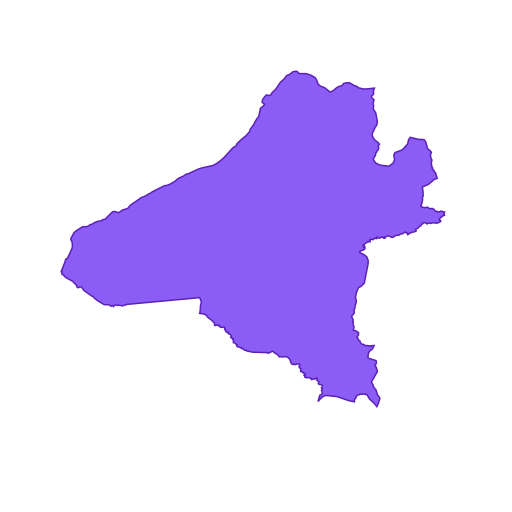 Nabdam, Upper East, Ghana (Natural Earth projection), rotated 258°
{"feature_id": "2480657B74414618551217", "entity_name": "Nabdam", "entity_type": "district", "adm_level": 2, "iso_a3": "GHA", "parent_name": "Ghana", "parent_adm1": "Upper East", "projection": "natural_earth1", "projection_center": [-0.664, 10.847], "detail": "fine", "context": "isolated", "style": "filled", "palette": "violet", "viewbox_px": 512, "rotation_deg": 258, "n_neighbors": 0, "source": "geoboundaries", "source_scale": "gbopen_adm2", "svg_char_len": 6108}
<svg xmlns="http://www.w3.org/2000/svg" viewBox="0 0 512 512"><g transform="rotate(258 256 256)"><path d="M134.8,275.8L134.5,276.1L133.8,275.7L132.8,277.6L132.2,277.5L131.8,278.6L130.8,278.6L130.3,279.5L129.4,278.3L128.8,279.2L127.8,278.5L127.2,278.7L126.4,280.0L126.3,281.7L125.0,284.1L124.5,284.6L123.6,284.5L123.5,286.1L123.9,286.7L123.4,288.0L124.1,289.8L123.9,290.4L121.7,289.7L120.1,291.3L118.4,290.4L117.8,290.6L117.3,291.1L116.3,293.6L115.6,293.8L114.1,293.5L113.4,292.5L112.2,293.2L110.9,292.1L109.6,292.5L107.8,292.2L107.3,291.9L106.5,289.4L101.4,286.7L101.4,287.4L102.5,288.6L104.4,291.9L104.9,293.8L104.9,296.1L101.5,306.2L95.2,316.7L92.9,322.0L95.0,322.4L96.7,324.5L97.4,324.3L98.5,325.6L99.1,329.1L98.3,334.0L97.5,334.6L97.5,335.7L92.5,337.3L87.1,341.1L83.5,342.9L86.3,345.0L90.9,347.6L93.0,347.0L94.6,346.0L99.8,345.6L103.4,343.9L106.3,343.5L108.6,342.6L117.8,350.8L122.4,350.4L123.2,349.8L124.1,349.7L125.1,350.2L125.5,351.1L127.2,351.7L128.7,351.7L132.9,344.4L134.1,344.5L138.0,346.1L139.0,346.9L140.9,350.6L143.9,352.9L144.4,349.4L143.9,348.4L144.7,347.9L145.4,345.9L145.2,345.0L145.8,343.9L146.4,343.8L147.4,342.6L147.5,341.5L148.0,341.0L150.0,340.0L151.1,340.1L152.5,338.9L154.8,338.3L155.6,337.7L157.2,339.7L159.6,340.4L161.9,338.3L163.3,335.8L166.3,337.1L170.2,336.8L171.2,337.5L172.5,337.1L173.3,337.8L177.1,336.9L179.8,340.3L182.9,340.7L184.0,341.7L185.9,342.3L189.8,344.3L191.7,344.9L194.7,344.6L200.0,347.0L203.8,349.7L204.4,352.4L207.0,356.3L225.0,364.0L228.1,364.8L232.3,364.1L235.3,361.6L237.7,358.2L238.9,358.6L239.3,359.4L239.5,362.3L240.5,364.1L241.4,364.2L241.9,363.1L242.3,363.3L242.3,364.3L243.6,364.1L244.0,363.0L244.8,363.4L246.2,367.4L246.7,367.8L246.9,369.0L246.3,369.3L246.8,370.1L246.4,370.8L248.3,370.9L248.6,371.3L247.6,374.2L248.4,374.8L248.8,376.2L248.7,376.7L247.9,377.1L248.1,377.7L249.3,378.1L247.9,379.7L247.8,381.0L248.5,383.2L246.8,384.7L246.7,385.6L247.7,385.0L247.9,385.6L247.6,386.6L248.2,388.5L247.9,390.2L246.0,392.6L245.8,393.8L247.0,397.1L246.7,400.4L247.4,401.5L247.3,404.4L248.0,405.1L248.3,407.2L248.0,407.7L247.2,407.8L246.8,408.8L245.3,409.0L246.5,411.4L246.9,417.6L247.5,417.9L248.9,417.6L249.8,420.5L250.8,421.6L251.4,423.7L252.7,424.5L252.8,425.8L253.8,426.6L253.4,428.4L251.8,429.9L252.4,431.9L251.5,433.6L251.8,435.8L250.5,439.7L250.7,441.7L251.3,443.7L252.4,444.0L253.0,442.9L253.5,442.7L255.3,444.5L255.4,445.6L256.4,447.0L256.6,448.7L257.2,448.4L257.7,448.9L258.5,448.7L259.8,449.7L260.3,448.0L261.1,447.4L261.5,446.1L261.0,444.5L261.3,443.1L261.8,442.9L261.6,442.2L263.4,440.2L264.7,439.9L265.1,438.9L265.8,438.5L266.2,436.1L267.1,434.5L267.9,434.2L268.1,433.6L268.2,430.9L269.0,429.1L270.4,427.6L272.5,429.0L276.5,430.7L278.3,430.8L279.8,431.9L283.7,432.7L288.9,433.1L290.2,439.5L293.9,446.5L294.2,449.4L300.2,448.9L301.2,447.8L302.4,448.0L304.0,446.6L305.3,447.2L305.8,446.4L306.9,446.7L310.4,446.7L313.3,448.1L314.0,447.7L316.5,447.4L319.0,447.8L320.5,449.0L321.7,448.9L325.5,446.1L330.9,445.9L332.8,445.6L334.9,444.6L336.4,439.0L340.0,431.6L338.7,430.1L337.1,428.9L334.4,427.8L333.6,427.0L330.0,422.0L329.3,420.6L328.3,413.5L326.1,411.8L321.3,411.5L318.4,409.5L316.2,404.7L319.1,396.2L322.0,392.5L324.7,391.3L326.6,390.9L329.6,393.8L331.9,394.5L332.1,395.3L333.5,396.0L334.0,397.2L336.2,398.6L338.1,398.3L339.6,400.0L341.2,399.3L344.8,396.3L347.7,395.1L350.1,394.8L351.4,395.1L357.6,399.7L358.4,401.0L361.9,402.6L370.9,402.9L375.3,401.3L378.3,402.2L380.8,402.3L384.3,403.9L387.0,402.0L388.3,402.2L389.4,404.2L390.5,404.9L393.0,405.1L395.6,406.7L396.5,398.3L397.1,395.7L399.1,391.4L400.8,390.1L402.3,387.6L406.0,383.5L406.6,380.8L406.5,377.4L405.5,376.6L404.7,375.1L404.6,372.2L403.8,369.8L401.5,365.5L401.0,362.6L406.2,358.2L409.3,353.7L411.5,352.5L415.9,351.8L418.3,350.9L421.6,347.1L422.9,344.9L424.0,342.7L425.3,336.9L426.0,335.5L427.5,335.0L428.4,333.6L428.5,330.2L426.9,327.3L426.2,323.7L425.4,322.4L423.9,321.3L420.9,316.0L415.3,310.3L412.4,305.6L410.5,304.1L410.5,301.1L411.4,299.8L410.6,298.4L408.0,295.3L406.5,294.4L404.9,294.0L403.2,295.6L402.4,295.7L401.4,294.7L399.6,291.1L391.6,287.5L390.4,285.7L386.9,282.4L385.3,281.4L381.2,276.7L379.2,275.8L375.9,271.5L372.6,265.2L369.6,260.5L368.1,259.6L366.6,255.8L358.9,245.1L356.5,240.8L354.6,236.6L353.5,232.6L353.4,221.5L353.0,217.5L350.6,207.1L350.5,204.1L349.6,202.8L348.0,196.0L345.8,191.9L344.1,186.6L343.6,183.5L343.8,181.5L343.6,180.2L340.4,167.9L339.5,166.4L339.2,164.4L337.4,159.4L337.1,156.2L331.8,143.6L329.1,140.2L328.8,135.0L327.2,131.4L327.1,130.3L329.0,126.9L329.0,124.7L324.1,117.1L323.4,116.7L323.4,113.4L322.6,112.0L322.8,107.9L322.2,104.8L321.2,102.4L321.2,100.3L320.4,98.9L319.9,96.4L320.7,92.5L317.9,85.0L316.5,82.7L311.6,78.5L310.3,78.4L308.0,79.0L304.3,78.6L301.8,77.7L292.9,71.1L292.6,69.5L291.9,68.9L290.2,68.1L281.4,62.3L281.4,62.8L278.6,62.4L277.9,63.3L274.4,65.5L269.4,71.4L267.3,72.5L265.6,73.9L262.5,74.6L261.9,75.8L262.4,77.1L262.0,78.7L257.8,80.7L250.6,87.4L250.3,88.3L248.3,89.1L245.1,91.9L240.4,96.9L239.7,98.3L239.0,101.6L237.0,104.0L237.3,105.2L236.2,106.1L237.3,107.1L237.2,108.7L236.5,110.2L236.2,112.2L234.9,115.2L235.5,117.5L235.1,118.4L235.5,119.6L227.0,192.3L222.2,193.0L219.4,191.5L213.0,189.7L211.6,188.9L210.2,192.8L208.8,194.8L206.2,196.0L201.8,199.7L199.6,201.0L197.8,201.5L196.8,201.0L196.4,201.9L196.8,203.0L196.2,203.6L196.5,204.7L195.9,205.5L194.9,205.4L194.9,206.2L193.8,206.3L193.4,207.0L193.1,210.0L191.7,210.7L191.1,210.1L190.6,210.8L189.8,210.4L188.9,211.1L188.0,211.0L187.6,211.3L187.3,213.1L186.5,212.5L185.2,213.4L185.0,214.2L184.2,214.9L182.7,215.2L181.9,214.3L180.7,215.0L179.9,216.5L178.9,215.9L177.4,216.5L176.0,215.8L175.1,217.6L174.0,218.0L173.3,219.2L172.5,218.4L171.1,218.8L170.8,220.1L170.1,220.8L168.9,223.2L168.4,222.8L167.8,224.1L166.0,225.5L165.9,226.8L165.1,227.1L162.6,232.8L159.1,247.1L158.3,247.6L159.4,252.6L156.5,254.8L155.7,256.1L152.5,257.8L152.3,259.9L151.6,261.1L151.7,263.1L150.6,265.8L147.8,267.6L144.1,268.0L142.8,268.7L142.2,269.6L142.2,271.5L141.6,271.6L141.8,275.7L140.5,276.3L139.4,275.2L137.7,275.2L136.5,276.5L134.8,275.8Z" fill="#8b5cf6" stroke="#5b21b6" stroke-width="1.5"/></g></svg>